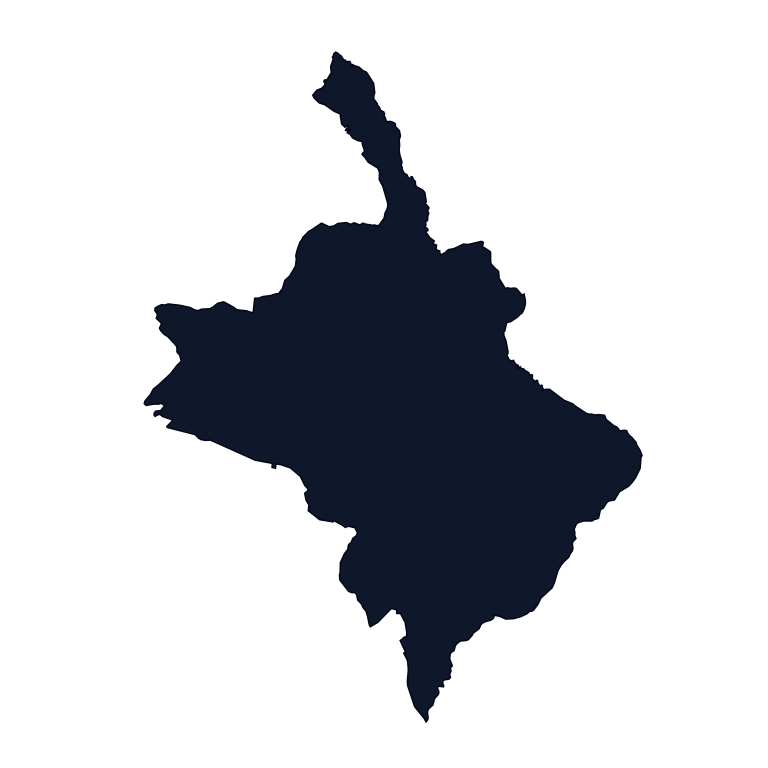 outline of Moreni, Dâmbovita, Romania, rotated 47°
{"feature_id": "2599482B38559209444692", "entity_name": "Moreni", "entity_type": "district", "adm_level": 2, "iso_a3": "ROU", "parent_name": "Romania", "parent_adm1": "Dâmbovita", "projection": "robinson", "projection_center": [25.624, 44.986], "detail": "fine", "context": "isolated", "style": "filled", "palette": "ink", "viewbox_px": 768, "rotation_deg": 47, "n_neighbors": 0, "source": "geoboundaries", "source_scale": "gbopen_adm2", "svg_char_len": 6170}
<svg xmlns="http://www.w3.org/2000/svg" viewBox="0 0 768 768"><g transform="rotate(47 384 384)"><path d="M659.8,583.7L659.4,581.2L658.3,579.4L654.4,576.7L652.6,574.6L652.0,572.6L652.1,567.1L648.6,561.7L648.1,556.2L647.4,554.7L646.0,553.5L643.6,552.7L642.1,551.1L642.4,550.1L646.0,547.0L645.5,546.2L642.4,544.9L641.3,543.2L641.6,541.6L644.2,537.6L643.9,535.6L641.0,533.9L639.8,530.9L637.0,529.3L636.9,526.9L636.4,526.1L629.9,523.5L627.4,520.7L626.1,518.5L626.7,514.5L624.1,510.4L623.7,508.1L623.9,503.7L627.6,498.8L628.5,496.8L628.0,491.2L627.1,488.6L627.8,481.3L626.2,477.5L626.0,475.5L626.8,472.3L629.4,467.3L630.0,465.1L629.8,463.3L628.8,461.8L628.8,460.8L632.7,457.9L639.0,455.2L643.9,449.4L647.5,442.5L649.6,435.9L649.6,432.7L651.1,430.7L651.4,428.7L650.1,421.8L647.6,415.5L647.7,400.1L645.9,395.6L639.1,384.0L637.3,378.2L636.7,374.2L636.6,366.7L635.4,364.3L634.4,359.9L632.8,357.7L629.0,355.0L628.3,353.8L627.9,349.0L625.1,348.0L622.8,345.7L619.9,344.0L617.6,338.8L618.0,336.0L620.5,331.2L626.1,325.2L626.6,322.4L628.1,319.8L628.3,318.4L623.7,311.7L623.6,310.7L624.4,308.5L622.5,301.0L623.3,298.8L626.0,294.5L623.4,285.3L625.6,274.6L625.2,269.4L624.1,263.9L620.4,254.2L612.9,246.0L612.3,244.0L607.2,242.0L601.0,240.8L598.8,239.5L592.0,239.2L587.8,239.7L583.5,238.4L581.7,239.7L579.3,243.4L574.6,243.0L570.9,244.4L561.5,245.7L557.3,244.0L552.7,248.0L550.6,250.7L547.1,253.1L546.0,254.6L543.4,256.0L530.9,259.1L527.2,259.5L518.8,263.4L500.7,266.6L497.8,269.9L497.3,272.3L496.5,272.5L496.0,270.8L494.1,270.5L493.1,269.4L492.2,269.7L491.7,271.1L491.0,271.5L489.0,270.7L486.8,270.8L486.9,269.8L486.2,269.4L485.3,270.0L485.2,272.2L484.3,271.8L481.5,272.1L478.7,269.3L477.8,269.7L476.5,272.0L475.8,270.9L474.5,270.4L470.0,271.7L468.1,271.6L466.7,273.0L464.4,272.5L464.0,273.3L464.4,274.2L463.6,275.7L462.6,275.6L462.2,275.0L462.7,273.8L461.5,273.1L460.5,274.1L457.0,273.8L455.1,273.1L453.9,275.3L450.9,276.0L449.2,275.0L447.3,275.2L446.0,272.3L444.6,271.0L435.3,265.2L430.3,263.2L427.5,261.0L427.8,259.8L423.1,252.9L423.3,251.2L424.7,249.2L426.1,240.8L425.9,236.7L426.3,235.5L425.9,233.4L424.4,229.8L422.1,226.3L419.5,223.7L413.8,220.2L412.8,223.2L411.4,222.3L404.3,222.1L402.6,223.4L400.5,226.2L398.3,227.7L396.5,230.1L385.3,227.8L380.2,223.7L378.0,223.3L376.8,223.8L369.8,223.8L368.1,223.3L360.8,216.6L359.6,216.0L350.9,218.1L350.0,217.6L348.4,214.9L347.2,214.9L346.0,215.7L339.5,227.1L335.8,230.6L332.7,240.5L329.7,245.2L329.5,246.9L329.8,248.6L328.4,254.2L326.3,253.9L324.7,252.5L322.0,254.0L320.3,253.5L318.3,250.8L315.1,252.4L314.5,252.0L313.7,249.7L308.2,250.7L301.5,249.8L301.1,249.2L301.7,247.4L301.2,246.6L300.0,246.2L296.9,246.9L296.5,245.0L294.0,243.3L294.0,240.5L291.1,237.5L289.4,234.7L286.9,233.9L286.1,231.3L285.3,230.8L280.4,230.7L279.7,230.1L279.6,228.8L271.9,223.6L268.4,223.4L261.5,225.8L259.1,224.6L257.3,222.9L254.9,223.0L251.7,222.0L250.9,222.8L252.4,224.0L249.6,225.5L246.7,224.5L243.7,225.5L239.4,224.3L238.2,223.1L235.8,222.2L234.1,219.6L227.3,216.2L223.2,213.4L220.2,209.9L215.8,206.3L213.8,202.8L209.3,200.0L203.2,200.0L202.2,198.7L200.7,198.2L197.2,199.6L195.2,201.4L194.9,202.6L193.0,202.9L190.1,201.4L188.1,201.1L187.0,199.5L184.9,198.6L181.6,199.8L178.3,198.6L176.4,198.7L174.2,197.7L168.2,197.0L165.3,193.6L165.0,192.4L157.2,186.6L145.1,184.3L143.4,184.3L140.9,185.6L135.0,186.2L130.7,188.7L129.0,189.0L128.7,189.6L129.1,190.1L129.9,189.9L130.1,190.3L129.8,190.6L124.8,189.0L122.7,191.6L120.7,191.5L119.3,192.4L114.0,191.5L113.4,192.3L110.9,192.1L108.3,193.1L108.2,195.1L109.6,197.7L109.8,198.9L111.6,199.4L115.6,206.7L120.3,210.2L122.6,218.3L121.2,220.0L121.6,221.7L123.7,222.0L124.9,223.3L125.3,227.9L123.3,232.7L124.2,239.2L127.3,240.0L134.2,239.7L139.5,236.8L150.8,234.4L156.5,231.9L165.0,237.7L169.6,237.4L170.8,234.1L171.7,234.0L172.1,234.9L171.7,238.1L172.2,239.1L173.7,238.2L174.8,233.6L175.3,236.5L174.8,239.1L175.3,239.6L177.9,238.5L182.7,239.1L188.3,237.1L191.3,234.9L192.2,234.9L194.6,236.7L199.6,238.9L200.8,240.5L200.6,242.7L201.6,243.5L205.2,243.4L211.1,244.3L221.7,241.3L225.8,242.7L231.3,248.1L238.6,250.0L254.1,257.9L256.8,260.3L258.6,263.3L259.5,266.3L262.7,270.7L264.5,279.2L263.6,281.1L261.2,282.5L260.0,284.2L254.4,288.5L252.0,289.7L251.2,293.2L245.6,296.0L244.6,299.4L240.3,301.4L235.1,308.3L234.1,313.2L231.5,316.9L223.7,320.0L222.0,331.3L221.1,334.8L221.4,343.5L222.3,345.2L223.0,348.9L226.9,356.3L230.1,361.1L232.8,362.9L237.5,368.5L240.7,379.5L240.6,385.7L245.3,393.8L245.3,396.1L246.0,398.3L245.6,400.2L244.3,401.6L241.8,406.9L237.3,413.1L236.0,416.7L233.1,420.1L242.8,431.3L236.8,434.6L229.5,440.9L224.3,441.9L214.6,445.2L211.5,450.7L211.1,456.5L210.2,460.1L204.9,466.3L203.4,470.1L200.5,472.0L195.5,473.8L186.7,480.0L178.2,487.3L177.0,490.2L174.4,492.4L172.9,496.5L172.4,499.7L174.0,501.5L178.8,502.3L180.7,505.8L187.9,505.3L190.1,510.2L192.6,510.9L197.5,511.0L201.9,509.8L214.5,509.9L216.5,510.9L219.4,513.6L223.7,513.8L229.1,516.7L229.2,522.7L230.9,533.0L230.9,548.9L230.4,556.3L232.5,562.4L233.4,570.3L234.8,572.7L237.4,572.6L241.8,566.0L244.9,562.7L246.1,560.2L250.3,559.1L251.1,565.5L248.1,569.6L248.6,571.9L249.8,573.3L251.5,573.5L252.5,569.8L253.7,568.5L256.8,568.1L265.4,563.5L266.6,563.6L266.9,571.8L267.9,572.2L292.3,556.6L297.0,556.6L299.9,555.7L303.3,553.2L306.7,549.2L352.0,530.1L365.9,519.8L368.7,522.8L371.6,520.8L368.8,517.6L372.1,514.8L381.5,509.7L394.5,508.2L404.0,511.1L408.5,511.2L410.1,512.4L409.8,515.8L410.1,516.7L415.5,520.1L421.2,521.5L425.1,525.8L439.3,523.6L450.1,515.3L449.5,513.9L459.0,510.7L462.6,510.1L462.8,508.9L464.1,506.8L469.2,503.3L474.5,504.8L475.4,506.2L476.1,507.8L475.7,512.1L477.5,516.2L477.3,519.1L478.3,521.0L480.2,523.1L481.2,528.9L485.0,537.9L492.0,544.7L493.3,546.8L497.3,550.0L511.5,551.3L514.8,549.8L515.9,548.0L518.8,547.5L524.2,550.6L529.1,550.5L533.3,551.8L538.0,552.1L543.2,554.7L550.0,559.0L552.2,559.6L554.1,551.0L553.2,532.4L554.0,531.1L558.0,528.8L560.5,531.2L563.1,528.5L572.8,531.1L581.1,536.7L583.7,539.3L583.7,540.4L582.7,542.7L583.1,544.5L582.6,547.1L595.1,551.2L594.5,551.8L594.3,553.1L601.4,555.1L603.5,556.3L609.5,561.0L617.2,569.5L620.9,572.5L640.8,581.6L656.0,582.7L659.8,583.7Z" fill="#0f172a" stroke="#020617" stroke-width="1.5"/></g></svg>